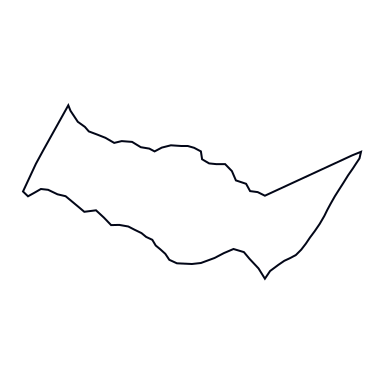 the district of Barra de São Miguel, Alagoas, Brazil
{"feature_id": "56859067B85580806307237", "entity_name": "Barra de São Miguel", "entity_type": "district", "adm_level": 2, "iso_a3": "BRA", "parent_name": "Brazil", "parent_adm1": "Alagoas", "projection": "orthographic", "projection_center": [-35.941, -9.81], "detail": "fine", "context": "isolated", "style": "outline", "palette": "ink", "viewbox_px": 384, "rotation_deg": 0, "n_neighbors": 0, "source": "geoboundaries", "source_scale": "gbopen_adm2", "svg_char_len": 1141}
<svg xmlns="http://www.w3.org/2000/svg" viewBox="0 0 384 384"><path d="M361.0,151.8L352.3,155.3L264.9,195.7L257.7,192.1L250.1,191.1L246.1,183.8L235.9,180.4L231.9,171.1L225.1,164.1L216.0,164.1L209.1,163.4L202.1,159.3L200.9,151.4L194.1,147.8L187.8,146.0L181.3,146.0L170.9,145.3L161.8,147.6L154.6,151.4L149.3,148.6L140.8,147.2L132.1,141.9L121.7,141.1L114.2,142.9L105.4,137.8L97.3,134.6L88.8,131.4L84.9,126.9L77.8,121.8L70.5,110.8L68.3,105.3L43.3,150.2L35.9,163.8L23.0,191.5L28.0,196.3L34.3,192.8L40.9,189.0L48.1,189.8L57.5,194.3L65.6,196.2L77.9,206.4L84.3,211.8L96.0,210.3L103.9,217.6L111.1,225.1L119.2,224.9L128.3,226.5L134.3,229.6L141.5,233.1L146.1,236.9L152.3,239.8L155.7,245.5L160.3,249.3L165.3,253.8L169.3,259.8L176.9,263.3L191.9,264.0L200.9,263.0L214.5,258.0L223.9,253.1L233.5,249.0L243.9,252.1L249.5,258.8L258.5,268.4L264.9,278.7L270.1,271.0L278.3,264.9L284.3,260.8L289.9,258.2L295.9,255.0L301.2,249.7L305.9,243.6L310.0,237.5L314.7,231.2L319.7,223.9L324.3,216.0L327.3,209.9L330.7,203.6L334.9,196.2L338.7,190.2L343.5,182.7L348.1,175.3L352.7,168.7L356.1,163.5L359.5,158.4L361.0,151.8Z" fill="none" stroke="#020617" stroke-width="2"/></svg>